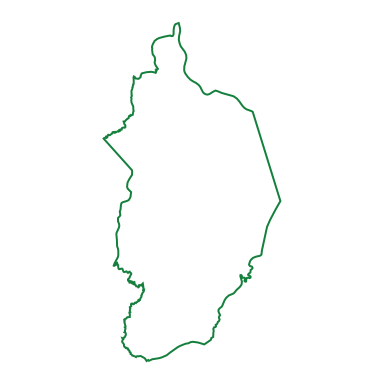 outline of Khuan Niang, Songkhla, Thailand
{"feature_id": "78962969B48341531753784", "entity_name": "Khuan Niang", "entity_type": "district", "adm_level": 2, "iso_a3": "THA", "parent_name": "Thailand", "parent_adm1": "Songkhla", "projection": "natural_earth1", "projection_center": [100.353, 7.193], "detail": "fine", "context": "isolated", "style": "outline", "palette": "green", "viewbox_px": 384, "rotation_deg": 0, "n_neighbors": 0, "source": "geoboundaries", "source_scale": "gbopen_adm2", "svg_char_len": 6015}
<svg xmlns="http://www.w3.org/2000/svg" viewBox="0 0 384 384"><path d="M280.4,201.1L252.7,111.8L251.5,111.1L246.7,109.4L244.6,108.1L242.4,105.8L239.4,101.5L237.0,98.7L234.0,96.5L232.7,96.0L221.9,93.0L217.4,91.1L215.3,90.6L212.8,91.9L209.4,94.1L207.4,94.6L205.5,94.2L203.7,93.1L202.6,91.6L200.3,87.0L198.8,85.1L196.3,83.1L193.1,81.4L190.5,79.7L187.8,77.0L185.4,73.6L184.6,72.0L184.2,70.4L184.3,66.5L186.4,58.6L186.3,56.6L186.1,55.0L185.0,52.2L184.3,51.1L181.0,46.7L180.5,45.7L179.6,43.3L178.8,39.8L179.1,36.0L180.2,31.1L179.9,27.8L178.7,23.0L175.6,24.1L174.7,25.2L174.0,27.3L173.6,30.5L173.6,33.9L173.1,35.6L172.4,36.0L171.3,36.1L170.2,35.5L164.9,36.5L159.2,38.0L156.8,39.2L154.7,40.8L152.9,44.0L152.0,46.7L152.0,47.4L152.3,48.2L152.1,49.5L152.3,51.5L152.7,54.3L154.5,56.7L155.0,58.4L155.1,60.4L154.6,62.2L154.9,63.6L155.7,65.6L157.9,68.9L156.8,69.8L156.4,69.7L156.5,70.4L155.9,70.4L156.1,71.0L156.0,72.0L155.8,72.8L155.6,72.9L154.7,72.4L151.2,71.8L146.5,72.2L142.0,73.3L141.5,73.7L140.9,75.5L140.6,75.9L140.6,77.0L139.2,78.4L138.4,78.8L135.7,78.5L134.7,77.0L133.8,76.5L133.5,77.6L133.7,79.6L133.7,83.9L133.1,84.4L133.2,85.2L132.7,86.1L132.8,87.0L132.4,87.4L132.4,88.5L131.5,90.8L131.5,92.9L131.7,93.6L131.5,94.8L131.9,95.8L131.1,97.5L131.6,98.6L131.3,99.8L131.4,101.8L131.9,103.5L133.2,106.3L133.4,110.4L133.7,111.0L133.2,111.9L132.7,114.8L131.5,115.1L130.7,115.8L130.3,115.3L129.8,116.2L129.1,116.1L128.7,117.1L128.7,117.9L128.4,118.3L127.5,118.7L127.1,119.2L126.7,119.3L124.6,121.7L124.0,121.4L123.6,121.5L124.2,122.9L124.2,123.8L125.3,125.2L125.4,127.0L124.9,127.6L124.4,127.7L123.9,127.5L122.8,127.7L122.0,128.1L121.7,129.6L121.2,129.7L120.7,129.4L120.2,129.5L119.9,129.8L120.3,130.2L120.2,130.6L119.1,130.3L119.0,131.4L118.3,131.7L117.5,131.3L116.1,132.2L115.5,132.0L115.3,132.6L114.5,132.8L114.2,132.7L114.1,132.2L113.6,132.4L113.3,132.0L113.1,132.0L112.9,132.4L112.4,132.5L112.2,133.5L110.8,134.4L109.9,135.2L109.1,135.1L108.6,134.8L108.2,134.8L107.6,136.0L107.4,137.0L106.6,136.4L105.9,136.6L105.8,137.0L106.4,137.3L106.2,137.9L105.4,137.7L104.9,138.0L104.1,138.1L103.6,138.6L131.9,170.1L132.2,171.7L132.0,174.9L129.5,178.8L127.8,182.0L127.4,183.5L127.1,186.6L127.3,187.7L128.0,189.0L131.1,192.1L130.5,196.9L129.8,198.4L128.6,200.2L126.8,201.0L122.9,202.2L121.8,202.8L121.4,203.3L121.2,203.9L120.9,205.7L120.5,209.7L119.8,211.4L120.3,215.2L119.7,216.3L118.0,218.0L118.0,221.1L119.1,224.1L119.3,225.9L118.8,227.9L116.7,232.5L116.4,233.7L116.4,234.8L116.9,239.8L117.1,246.2L117.9,248.5L118.3,250.6L118.3,255.4L117.8,257.3L114.8,262.9L113.4,266.4L114.4,265.5L115.0,265.4L116.0,264.9L116.2,264.2L115.9,263.8L116.0,263.6L116.7,262.8L117.0,262.7L117.3,263.3L117.1,263.7L117.3,264.3L118.2,265.2L118.1,266.1L118.5,268.5L118.9,269.1L119.4,269.2L121.5,268.6L122.2,268.7L122.5,269.0L123.3,271.2L123.8,271.9L124.2,272.1L126.6,271.4L127.5,272.6L128.0,272.9L129.1,271.8L129.7,271.7L130.2,272.7L131.1,273.2L131.3,273.9L129.7,277.0L129.6,277.7L128.4,278.8L128.0,279.4L128.0,280.2L128.3,280.8L129.3,280.6L129.7,280.8L129.6,281.1L129.2,281.5L129.4,282.6L129.9,282.7L130.6,282.2L131.5,282.9L131.5,282.2L131.8,281.9L131.7,281.4L131.8,281.4L132.5,282.3L133.3,282.4L133.4,283.1L133.6,283.2L133.9,282.0L134.1,281.9L134.5,282.2L134.4,283.2L134.2,283.6L133.6,283.8L133.6,284.1L134.6,284.7L135.4,284.6L136.2,286.3L137.6,286.4L138.3,287.4L138.6,287.3L139.3,286.2L139.0,285.5L139.1,285.1L140.1,285.0L141.0,285.3L142.8,283.5L143.2,286.0L142.6,285.7L142.4,286.0L142.9,286.7L143.5,288.2L143.1,290.3L143.4,290.4L144.0,290.1L143.7,291.5L142.1,293.6L141.9,294.8L141.3,295.5L141.5,296.7L140.5,298.1L140.0,300.0L139.7,300.1L139.2,299.7L138.8,299.8L139.2,300.5L138.7,301.2L137.8,301.2L137.2,302.0L136.3,302.2L135.9,303.1L134.8,302.8L134.2,303.4L133.9,304.1L133.0,304.2L132.1,303.5L131.3,303.7L131.0,304.5L131.2,306.3L129.8,307.2L130.3,308.4L129.9,309.1L130.0,310.0L129.7,311.2L130.3,312.1L129.5,312.7L129.7,313.0L129.5,313.3L129.9,314.3L129.8,315.0L129.9,316.1L129.6,316.5L129.7,317.0L127.1,317.3L126.3,318.5L125.0,319.0L124.7,319.4L124.2,319.6L124.2,320.2L124.8,321.0L124.3,321.9L124.7,322.8L124.7,323.7L125.0,324.2L125.1,324.9L125.6,326.2L125.3,326.8L124.8,327.2L125.5,328.0L125.5,328.4L125.0,330.2L125.0,331.4L124.5,332.2L125.1,332.4L125.6,333.0L125.9,334.1L125.7,335.3L125.3,335.8L125.1,336.7L124.7,337.1L124.3,337.2L123.8,337.9L123.3,338.0L123.6,338.5L123.5,338.8L122.4,338.3L122.7,339.0L122.7,339.9L122.1,341.4L122.4,342.3L123.4,343.5L124.0,344.7L124.0,346.0L124.3,346.7L125.3,347.3L125.7,348.0L126.7,347.8L127.1,348.5L127.9,348.6L128.0,349.5L128.6,349.6L128.9,350.5L129.5,350.9L129.7,352.2L130.6,352.5L130.6,354.0L131.3,354.2L132.3,355.6L133.4,355.7L133.9,356.1L134.8,356.3L136.0,357.1L136.5,356.5L137.2,356.2L138.2,356.3L140.2,356.0L141.1,356.2L144.5,358.1L145.2,358.8L146.6,361.0L148.2,360.0L148.7,360.7L149.3,360.7L152.1,359.3L159.5,358.1L162.0,357.3L166.6,355.3L170.3,352.4L177.5,347.3L180.1,345.9L185.6,343.7L188.3,343.3L190.7,342.1L193.0,341.8L198.0,342.5L204.3,344.4L210.8,339.9L211.2,338.2L213.2,336.9L213.3,333.5L213.7,330.7L213.3,329.1L213.7,328.0L214.1,327.3L215.3,327.1L215.9,326.6L216.0,326.3L215.7,325.2L215.7,324.8L216.8,324.2L217.3,323.6L217.8,322.0L219.0,321.1L219.6,319.4L219.0,318.0L218.9,317.5L219.2,316.3L220.1,315.2L219.0,312.9L218.4,311.0L218.7,309.4L219.4,308.6L222.0,306.4L224.6,300.2L226.3,297.7L228.9,295.4L232.8,293.8L234.0,293.1L236.4,290.1L239.5,287.3L241.1,285.3L241.7,283.8L241.9,281.5L240.4,276.4L240.4,275.2L241.0,275.0L241.6,275.4L242.2,277.2L242.7,277.8L244.0,277.6L244.7,278.2L245.1,279.3L244.5,280.4L244.5,281.0L244.8,281.4L245.8,281.7L246.1,281.5L246.4,278.1L248.3,277.7L249.7,278.1L250.5,277.6L250.6,276.8L250.3,276.2L249.7,275.8L248.5,275.4L248.2,275.0L248.1,274.6L248.8,273.6L250.3,272.6L250.5,271.9L250.5,270.2L252.2,268.7L252.5,268.2L252.5,267.7L251.9,266.6L250.1,266.1L249.3,265.3L249.1,264.3L250.0,261.3L250.8,260.0L252.8,258.0L255.8,256.7L259.9,255.8L261.2,254.9L261.5,254.3L261.9,250.6L267.0,227.0L270.1,219.9L275.8,209.1L280.4,201.1Z" fill="none" stroke="#15803d" stroke-width="2"/></svg>